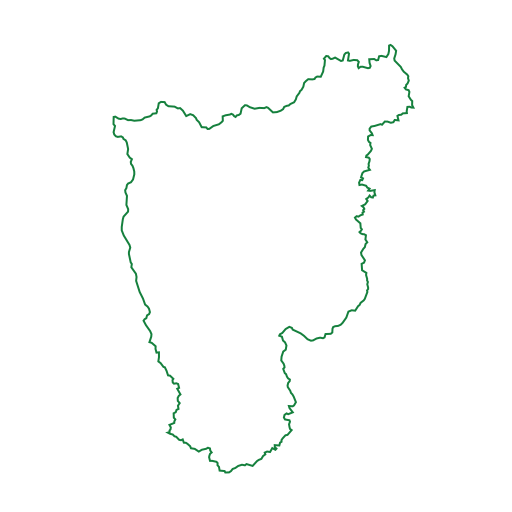 the district of Goiás, Goiás, Brazil, rotated 93°
{"feature_id": "56859067B96777587562664", "entity_name": "Goiás", "entity_type": "district", "adm_level": 2, "iso_a3": "BRA", "parent_name": "Brazil", "parent_adm1": "Goiás", "projection": "orthographic", "projection_center": [-50.254, -15.839], "detail": "fine", "context": "isolated", "style": "outline", "palette": "green", "viewbox_px": 512, "rotation_deg": 93, "n_neighbors": 0, "source": "geoboundaries", "source_scale": "gbopen_adm2", "svg_char_len": 6082}
<svg xmlns="http://www.w3.org/2000/svg" viewBox="0 0 512 512"><g transform="rotate(93 256 256)"><path d="M186.0,382.8L188.9,384.7L190.3,387.5L191.9,388.6L195.0,389.0L197.1,390.1L199.4,389.7L202.7,388.0L211.8,388.1L215.9,386.1L218.4,386.1L223.6,390.3L226.2,390.9L234.0,391.6L237.5,391.4L242.5,389.1L251.6,382.9L254.2,382.0L258.7,383.1L260.7,383.0L268.9,380.8L270.5,379.6L273.8,379.9L280.0,375.0L283.2,374.2L287.1,374.4L298.0,370.3L304.5,366.6L310.3,364.2L312.2,361.6L314.2,360.1L317.6,359.0L319.6,359.7L321.0,361.7L323.9,362.3L324.9,363.9L326.5,364.9L330.8,362.3L336.5,357.8L339.5,356.3L342.1,356.4L347.6,357.9L348.2,355.6L351.4,351.5L354.0,351.5L357.7,350.3L357.3,347.9L362.1,347.6L366.4,348.0L367.9,345.7L371.6,342.6L371.9,341.2L375.4,339.3L379.8,337.6L380.0,335.6L383.0,332.1L384.3,332.9L386.7,332.5L387.8,331.2L387.3,328.9L387.9,327.1L391.7,325.9L392.7,327.7L398.2,324.2L399.7,325.8L401.9,326.8L404.8,326.5L406.9,324.5L409.6,326.1L412.8,325.4L413.8,327.3L416.2,328.0L417.4,330.0L421.8,329.6L423.4,328.0L425.4,328.9L427.0,328.9L429.2,333.6L431.6,332.1L433.6,332.3L434.8,333.2L436.4,333.1L437.0,334.8L438.1,332.4L438.6,329.8L440.3,328.0L440.7,326.2L443.6,323.1L443.9,321.2L443.0,319.6L446.2,318.3L446.2,316.2L447.1,314.7L449.4,311.8L451.4,310.9L451.8,307.1L454.3,302.9L452.3,299.9L451.1,295.6L450.0,294.0L450.6,291.9L452.7,291.5L454.5,290.0L455.9,291.5L457.9,292.1L459.4,292.3L463.0,291.2L462.9,288.8L463.6,284.7L464.8,283.5L466.9,283.5L468.6,281.9L472.2,281.1L472.4,276.1L473.8,275.3L473.5,271.6L472.1,269.7L469.9,268.2L468.8,265.6L466.6,262.8L465.2,259.1L465.6,256.1L464.3,254.6L465.8,248.4L460.8,244.3L459.5,242.6L458.3,240.0L455.4,238.5L453.6,236.3L451.9,237.0L450.7,234.7L451.0,231.7L447.0,229.7L448.5,226.5L447.3,225.5L445.9,227.2L443.9,227.4L444.0,222.8L441.1,222.2L440.2,220.8L438.5,220.9L436.8,219.9L433.5,217.2L433.0,215.2L428.0,211.3L426.9,213.0L425.0,213.6L422.3,214.2L419.7,213.4L418.3,214.0L417.7,218.5L415.8,219.7L413.2,219.2L411.6,217.2L412.3,215.6L410.2,211.1L406.1,214.6L404.1,215.3L404.2,211.5L403.2,210.2L399.9,208.5L394.5,211.0L392.3,212.4L390.9,213.9L388.7,214.8L385.2,217.4L383.6,217.7L381.0,217.2L379.2,215.8L377.6,215.7L376.5,217.6L374.8,218.8L372.4,219.8L371.5,221.1L367.3,222.9L365.8,221.7L364.3,221.9L362.1,222.8L359.0,225.3L355.2,225.2L350.0,223.8L348.0,221.4L343.8,220.9L340.7,222.5L339.0,224.6L335.2,225.9L334.4,228.6L332.9,228.0L331.5,225.7L327.4,222.6L325.0,219.0L325.9,216.4L327.6,215.5L330.9,207.4L333.2,203.9L336.4,200.2L337.7,196.7L337.3,194.6L335.2,191.2L334.2,187.7L334.6,184.8L333.7,183.3L330.3,182.5L329.8,177.3L328.4,175.8L324.6,175.8L322.9,175.2L322.0,173.4L321.5,170.3L320.2,167.8L318.2,166.0L312.8,162.6L306.7,160.8L305.2,157.6L305.4,154.1L300.7,151.4L299.5,150.0L297.3,149.1L294.7,146.1L293.1,145.1L286.1,142.9L284.6,143.3L283.1,142.3L281.5,142.4L278.4,143.4L276.1,142.9L274.5,143.8L273.0,143.8L269.2,145.1L267.1,144.9L264.7,149.3L258.3,150.1L257.0,147.8L254.6,147.0L249.6,150.7L247.1,151.3L243.2,149.2L241.5,147.8L238.3,147.2L236.5,145.6L233.8,147.6L229.5,147.3L228.6,149.2L228.6,150.8L227.8,152.8L226.7,153.9L225.2,152.4L223.8,151.7L222.5,152.9L217.9,153.5L214.3,158.1L212.5,159.2L211.0,157.6L211.3,155.7L209.8,153.7L209.0,151.6L207.1,151.9L206.1,150.5L204.6,151.4L203.3,150.3L201.7,151.2L200.5,152.9L198.7,149.7L195.2,147.4L193.3,148.9L191.7,146.9L189.7,145.7L191.3,144.1L191.5,142.4L189.5,141.8L189.2,140.0L186.2,141.1L184.0,140.9L185.0,145.3L184.8,147.4L182.8,146.1L181.9,148.4L180.1,149.7L179.1,153.9L179.7,156.4L177.4,156.9L174.6,155.8L174.7,153.9L172.9,153.2L172.0,155.2L167.7,154.1L165.9,152.5L164.0,146.8L161.9,148.5L159.9,148.0L158.2,148.4L155.3,147.6L153.2,147.5L151.9,148.5L151.5,151.3L149.9,151.0L148.9,149.7L145.0,146.7L142.9,145.9L139.2,147.8L137.1,147.6L136.1,149.2L134.2,150.3L130.8,150.3L129.2,147.8L129.2,145.9L127.4,146.7L124.6,149.1L122.9,149.2L120.7,147.7L119.9,144.3L117.8,138.5L118.3,137.0L115.0,134.4L114.9,131.7L115.9,128.3L115.2,125.8L112.9,124.6L113.1,120.8L108.7,122.1L107.7,120.7L107.3,118.3L105.9,116.9L105.4,112.8L103.6,113.1L99.2,112.6L98.9,110.4L99.6,108.7L99.6,106.6L97.2,108.0L93.1,108.1L91.9,109.5L88.5,111.9L84.1,111.4L82.4,112.3L81.8,115.0L80.2,116.4L79.3,115.1L77.3,115.0L75.8,113.7L72.9,112.6L70.4,113.5L68.5,113.3L67.0,114.4L64.2,118.1L61.9,120.0L59.6,121.3L53.6,127.8L51.5,128.3L47.3,127.2L43.7,126.8L39.4,130.7L38.2,132.7L38.9,134.1L44.1,133.9L47.4,134.4L50.5,136.2L49.6,141.1L50.1,143.5L53.9,144.3L54.3,146.1L53.1,148.3L53.6,153.2L57.2,152.7L60.3,151.5L62.1,152.2L62.6,154.0L61.4,159.4L61.6,161.6L63.0,163.3L61.3,164.2L59.3,164.2L56.8,163.5L55.2,165.1L55.1,168.7L56.2,172.5L55.9,174.4L49.1,173.7L47.9,174.7L48.6,177.0L50.2,178.3L56.2,179.6L56.8,181.3L53.7,187.4L55.0,189.8L55.4,191.5L54.5,192.9L52.8,194.3L52.6,196.3L55.4,198.5L56.7,197.4L62.3,197.6L64.3,198.3L68.3,198.6L73.6,200.7L73.6,204.3L74.7,206.0L76.2,206.8L76.7,209.0L76.7,213.1L78.7,215.3L80.7,217.0L84.5,217.6L87.8,219.3L89.1,220.7L90.8,221.2L94.5,223.7L97.5,224.4L100.5,226.0L102.4,229.6L104.0,231.2L104.4,233.1L105.6,235.6L107.9,236.6L109.6,238.9L111.2,242.7L111.7,246.6L107.4,251.7L106.8,253.3L107.9,255.5L107.9,260.3L109.0,265.1L107.7,270.0L106.1,273.0L106.0,274.9L109.2,278.0L114.7,278.9L116.1,280.6L116.6,282.5L118.2,283.7L117.5,285.1L116.0,286.4L115.3,288.1L116.1,289.4L117.1,293.8L118.3,296.6L122.7,296.2L124.1,297.3L126.4,299.9L128.4,305.4L131.5,309.3L131.7,311.0L130.2,312.4L130.2,317.0L125.4,319.8L123.1,322.4L121.5,323.1L118.7,326.1L117.8,329.1L119.9,333.0L114.7,336.6L112.3,339.5L112.7,341.8L111.1,345.1L111.0,351.3L109.6,353.7L107.1,355.3L107.1,359.0L108.6,361.1L113.6,361.7L115.3,362.9L116.9,362.4L118.7,363.0L119.3,366.6L121.2,368.1L122.1,369.4L123.6,374.4L125.5,376.4L126.4,378.3L127.3,384.6L126.8,387.7L127.0,391.0L125.6,394.3L125.6,396.3L126.3,398.3L126.0,400.5L124.2,403.8L124.6,405.4L131.8,405.2L133.5,403.6L139.8,404.7L142.1,403.9L143.8,402.2L144.3,400.3L143.6,396.9L144.6,395.1L146.0,394.5L147.3,392.2L149.4,391.0L155.9,389.3L160.9,389.8L164.4,387.2L165.8,385.0L168.6,386.0L170.6,385.6L172.3,384.1L174.7,383.0L178.0,382.0L180.8,381.8L186.0,382.8Z" fill="none" stroke="#15803d" stroke-width="2"/></g></svg>